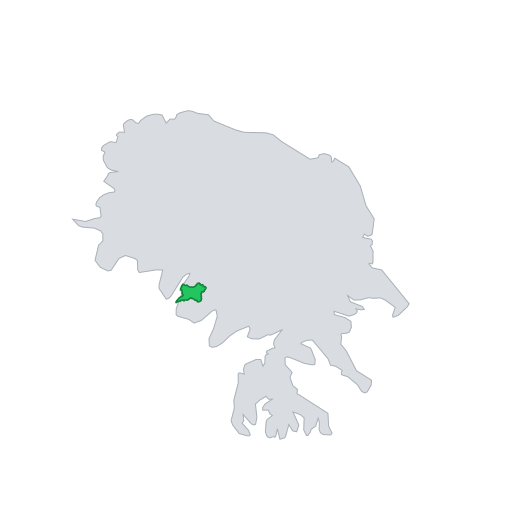 Dalvíkurbyggð, Norðurland eystra, Iceland shown in context, rotated 231°
{"feature_id": "244011B31014041409595", "entity_name": "Dalvíkurbyggð", "entity_type": "district", "adm_level": 2, "iso_a3": "ISL", "parent_name": "Iceland", "parent_adm1": "Norðurland eystra", "projection": "albers", "projection_center": [-18.585, 65.893], "detail": "fine", "context": "in_parent", "style": "filled", "palette": "green", "viewbox_px": 512, "rotation_deg": 231, "n_neighbors": 0, "source": "geoboundaries", "source_scale": "gbopen_adm2", "svg_char_len": 7885}
<svg xmlns="http://www.w3.org/2000/svg" viewBox="0 0 512 512"><g transform="rotate(231 256 256)"><path d="M369.6,150.9L373.4,151.0L379.4,147.9L387.8,139.2L391.4,137.2L400.0,136.7L390.1,145.2L386.7,154.2L384.1,158.6L384.2,160.5L391.9,165.3L395.3,163.4L396.9,164.0L398.4,166.4L399.7,171.3L399.4,176.4L397.6,181.7L394.9,186.2L395.4,187.6L397.8,188.1L409.9,184.7L411.7,191.0L412.9,193.0L412.7,195.1L408.3,202.2L413.8,197.6L418.2,196.1L426.2,197.6L429.6,199.9L431.8,204.0L435.5,202.4L437.5,204.7L437.8,207.3L436.6,214.7L432.2,218.6L435.4,223.6L437.8,223.5L438.3,224.7L438.3,227.8L434.9,231.7L441.2,235.3L442.1,236.7L442.1,241.4L441.3,244.1L439.6,245.8L435.3,246.4L432.8,248.3L433.9,251.0L433.6,258.9L430.7,265.6L427.7,269.2L424.7,271.7L415.8,269.8L416.5,275.3L413.6,278.9L414.4,281.7L415.6,283.1L415.3,286.8L411.7,294.6L409.0,297.2L403.5,300.5L395.7,307.9L387.4,308.2L367.4,319.1L359.5,324.7L345.5,341.2L339.4,345.6L328.9,347.9L297.2,358.9L293.6,365.3L293.5,366.6L294.9,369.0L292.6,373.5L287.7,376.8L285.4,376.7L281.4,374.1L280.9,375.4L282.5,378.7L266.8,384.2L244.9,381.1L225.7,373.1L210.5,371.2L200.0,360.2L199.8,358.4L201.0,355.2L204.9,354.0L203.2,350.6L196.5,356.1L194.5,355.9L191.8,353.5L191.8,351.2L186.4,350.2L177.4,342.9L176.7,341.4L179.1,339.2L178.6,338.7L173.6,338.9L166.0,344.9L122.5,345.0L121.3,341.6L120.3,329.1L122.1,324.0L123.9,324.6L128.5,331.9L140.3,328.7L145.1,326.4L149.8,319.9L152.4,317.8L156.3,309.5L160.1,304.4L167.5,302.3L161.0,300.5L149.9,306.8L146.3,306.6L148.1,303.7L152.0,300.5L149.5,300.1L148.6,298.6L148.7,295.4L150.8,290.4L163.9,281.9L161.1,280.0L152.0,286.5L145.4,288.6L140.4,285.1L138.2,280.7L138.5,278.8L141.8,273.5L141.4,272.5L139.4,271.8L134.1,266.4L125.2,266.4L103.7,261.9L86.7,267.6L83.0,264.0L80.4,256.8L81.3,254.2L84.3,252.9L92.2,253.8L104.3,251.4L109.9,247.8L111.9,249.0L112.8,251.0L120.2,248.5L124.3,245.2L130.7,247.3L155.2,246.9L158.6,242.4L160.1,236.9L159.6,235.7L150.4,240.3L148.4,240.1L138.2,236.8L134.7,233.5L136.0,231.2L141.8,226.2L156.2,218.2L158.2,216.5L158.5,214.4L153.2,210.3L142.8,210.8L140.4,206.1L132.0,203.0L126.2,204.3L123.4,201.3L88.5,212.9L78.1,205.4L70.4,203.6L69.9,201.5L75.0,195.8L78.2,194.9L81.3,195.8L86.9,200.6L90.9,202.3L86.3,195.5L86.5,189.4L85.1,187.7L83.9,183.5L84.6,182.2L90.7,183.6L99.9,191.5L104.9,190.6L111.5,186.6L97.6,182.9L93.8,177.0L97.1,174.4L104.3,175.4L97.0,165.2L96.8,163.5L98.5,159.3L108.2,163.8L103.4,157.8L103.3,156.5L104.9,155.6L106.0,152.2L108.6,151.0L113.5,152.6L120.9,159.7L121.9,161.6L121.7,168.3L124.9,167.5L128.5,168.6L131.9,164.3L133.9,165.5L135.3,169.7L134.5,178.6L136.9,175.6L140.6,175.6L141.6,168.3L141.3,162.4L129.7,154.9L125.4,149.6L126.1,148.0L128.5,146.7L141.0,146.3L135.8,143.0L134.7,140.0L125.3,140.5L120.6,139.0L120.6,137.4L122.6,135.4L128.6,131.2L139.4,131.5L143.7,133.0L151.5,143.5L157.9,148.0L168.5,162.3L175.5,167.8L175.8,169.2L174.5,170.7L171.6,172.4L175.8,175.0L178.3,178.6L178.4,180.2L175.5,191.1L172.6,194.5L165.9,192.1L167.4,195.7L172.1,199.7L173.1,201.8L172.2,203.8L174.6,203.3L175.3,204.5L173.9,210.7L172.6,212.9L176.6,214.3L179.3,217.5L182.2,230.3L184.4,220.7L185.5,217.2L187.3,215.9L189.6,206.1L194.4,200.5L198.7,198.4L202.9,205.4L206.0,206.2L209.7,194.2L210.4,185.3L209.6,175.5L210.4,168.5L212.7,164.4L215.5,163.2L221.4,167.5L226.2,177.3L233.6,188.0L238.9,190.8L239.8,190.5L240.8,187.0L240.3,173.1L242.8,165.7L249.0,163.9L258.5,157.2L260.7,157.0L265.3,160.9L273.6,174.9L279.6,181.4L282.8,191.8L284.2,193.7L285.5,190.5L285.6,185.9L278.2,164.4L278.1,161.5L278.8,159.1L291.7,160.2L294.6,162.5L303.8,174.7L308.1,169.6L316.6,154.9L319.6,155.3L327.1,161.0L330.1,160.4L338.6,154.8L340.3,148.0L336.1,134.4L337.6,131.5L345.4,127.8L354.0,128.2L363.5,140.5L364.1,146.5L369.6,150.9Z" fill="#d9dde1" stroke="#a8b0b8" stroke-width="1"/><path d="M262.7,197.2L262.9,197.2L263.1,197.3L263.5,197.1L263.9,197.2L264.3,197.2L264.5,196.9L264.5,196.7L265.0,196.6L265.5,195.8L266.0,196.1L266.3,196.2L266.8,196.3L266.9,196.5L267.0,196.5L267.3,196.5L267.5,196.2L267.7,195.8L267.9,195.2L268.1,195.1L268.4,195.0L268.8,194.9L269.4,195.1L269.6,194.8L269.7,194.6L270.3,194.8L270.6,194.9L270.8,194.8L270.8,194.6L270.9,194.3L271.0,194.2L271.2,193.8L271.6,193.2L271.4,193.1L271.2,192.5L271.1,192.3L271.1,192.2L271.1,191.7L270.9,191.1L271.0,191.0L271.2,190.7L270.9,190.4L270.8,190.2L270.7,190.0L270.7,189.7L270.8,189.1L271.0,188.9L271.1,188.5L271.0,188.3L271.0,188.2L271.1,187.9L271.3,187.7L271.7,187.3L271.8,187.2L271.8,186.9L272.0,186.6L272.4,186.5L272.6,186.4L273.1,185.4L273.2,185.2L273.4,185.0L273.5,185.0L273.6,184.9L273.9,184.8L274.0,184.7L274.9,184.5L275.2,184.4L275.5,184.3L275.7,184.2L275.9,184.2L276.1,184.0L276.7,184.1L276.9,184.0L276.9,183.7L276.9,183.4L277.8,182.3L279.1,182.1L279.7,181.8L279.9,181.7L280.0,181.6L279.8,181.4L279.7,181.0L279.6,180.9L279.6,180.7L279.8,180.6L279.7,180.4L279.5,180.1L279.7,179.9L279.6,179.7L279.4,179.5L279.4,179.4L279.1,179.3L279.0,179.2L278.8,179.0L278.7,178.9L278.7,178.7L278.6,178.4L278.8,178.3L278.6,178.1L278.5,177.9L278.5,177.7L278.4,177.4L278.3,177.2L278.2,177.2L278.0,176.8L278.0,176.7L277.9,176.6L277.4,176.6L277.0,176.5L277.0,176.4L276.9,176.5L276.9,176.4L277.0,176.4L276.9,176.4L276.9,176.5L276.7,176.5L276.4,176.3L276.4,176.2L276.2,176.1L275.9,176.1L275.7,176.2L275.5,176.3L275.4,176.3L275.1,176.5L274.9,176.3L274.6,176.1L274.3,175.9L274.1,175.8L274.0,175.6L273.9,175.5L273.9,175.4L273.9,175.2L273.6,175.0L273.5,174.9L273.4,174.9L273.1,175.1L272.5,175.0L272.1,175.0L271.7,174.8L271.3,174.6L271.2,174.5L271.3,174.2L271.2,174.4L271.2,174.2L271.3,174.2L271.5,174.2L271.4,174.1L271.2,174.0L271.2,173.9L271.1,173.7L271.3,173.3L271.3,173.1L271.4,172.9L271.5,172.8L271.5,172.6L271.6,172.4L271.6,172.2L271.6,171.8L271.5,171.6L271.5,171.4L271.6,171.2L271.6,170.8L271.8,170.6L271.8,170.4L271.9,170.0L271.8,169.9L271.7,169.7L271.4,169.3L271.4,169.2L271.5,169.1L271.5,168.9L271.5,168.7L271.5,168.4L271.5,168.1L271.4,167.7L271.2,167.3L271.2,167.0L271.2,166.8L271.3,166.6L271.2,166.4L271.1,166.2L271.0,165.9L270.9,165.6L270.8,165.3L270.7,165.3L270.7,165.0L270.6,164.9L270.4,164.6L270.1,164.5L270.0,164.4L269.7,164.2L270.0,164.7L270.0,165.0L269.9,165.1L269.8,165.3L269.8,165.7L269.8,165.9L269.7,166.5L269.4,167.1L269.4,167.4L269.3,167.5L269.2,168.0L269.2,168.4L269.2,168.6L269.0,168.8L268.7,168.8L268.8,169.0L268.7,169.3L268.6,169.5L268.5,169.9L268.5,170.1L268.4,170.3L268.2,170.5L268.1,170.9L267.9,171.1L267.9,171.3L267.8,171.5L267.7,171.5L267.4,171.8L267.2,171.8L266.8,171.9L266.4,171.8L266.4,172.2L266.6,172.6L266.6,172.9L266.1,173.7L266.0,173.9L265.7,174.2L265.4,174.2L265.3,174.3L265.1,174.7L264.9,174.9L264.8,175.0L264.9,175.3L264.7,175.5L264.6,175.9L264.7,176.2L264.8,176.5L264.7,176.9L264.7,177.0L264.5,177.3L264.5,177.5L264.5,177.9L264.5,178.1L264.7,178.3L264.8,178.4L264.8,178.6L264.6,179.1L264.1,179.2L263.8,179.2L263.6,179.2L263.5,179.3L263.4,179.4L263.3,179.6L263.2,179.8L262.8,179.7L262.3,180.3L262.1,180.4L261.8,180.5L261.6,180.7L261.1,180.6L260.7,180.6L260.4,180.6L260.0,181.0L259.8,181.2L259.7,181.2L259.6,181.7L259.3,181.9L259.0,181.9L258.9,181.8L258.8,182.0L258.7,182.0L258.3,182.1L258.1,182.1L257.7,181.9L257.5,181.7L257.1,181.9L256.9,181.9L256.8,182.0L256.7,182.3L256.4,182.7L256.2,183.1L256.1,183.3L256.0,183.7L256.0,184.1L256.0,184.3L256.1,184.6L255.9,184.8L255.9,185.0L255.9,185.4L256.0,185.5L256.4,185.8L256.6,186.0L256.9,186.5L257.1,186.9L257.3,186.8L257.8,186.9L258.0,187.0L258.2,187.3L258.3,187.5L258.7,187.8L258.9,188.2L259.1,188.2L259.3,188.2L259.8,188.6L259.9,188.8L260.1,188.9L260.5,189.0L260.8,189.0L261.0,189.3L261.4,189.6L261.5,189.7L261.5,189.8L261.4,190.0L261.3,190.3L261.5,190.5L261.9,190.7L262.2,191.1L262.2,191.4L262.2,191.6L261.8,192.0L261.2,192.4L261.2,192.5L261.5,192.6L261.5,192.8L261.4,193.0L261.2,193.3L261.1,193.5L261.6,194.0L261.8,194.3L261.9,194.5L261.8,194.8L261.8,195.0L261.9,195.4L262.0,195.9L262.1,196.1L262.2,196.4L262.5,196.9L262.6,197.0L262.7,197.2Z" fill="#22c55e" stroke="#15803d" stroke-width="1.5"/></g></svg>